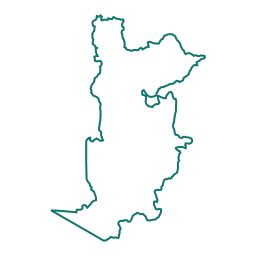 Barra de São Francisco, Espírito Santo, Brazil (Robinson projection)
{"feature_id": "56859067B7430516791214", "entity_name": "Barra de São Francisco", "entity_type": "district", "adm_level": 2, "iso_a3": "BRA", "parent_name": "Brazil", "parent_adm1": "Espírito Santo", "projection": "robinson", "projection_center": [-40.814, -18.663], "detail": "fine", "context": "isolated", "style": "outline", "palette": "teal", "viewbox_px": 256, "rotation_deg": 0, "n_neighbors": 0, "source": "geoboundaries", "source_scale": "gbopen_adm2", "svg_char_len": 5531}
<svg xmlns="http://www.w3.org/2000/svg" viewBox="0 0 256 256"><path d="M51.1,210.4L54.4,212.3L56.2,213.3L66.0,219.0L67.2,219.7L76.1,224.7L79.7,226.9L82.4,228.4L86.2,230.5L89.1,232.2L90.8,233.2L92.6,234.2L94.8,235.5L103.4,240.5L105.3,240.6L106.6,239.9L108.4,238.8L109.7,238.1L110.5,237.0L112.0,237.3L113.7,237.7L115.3,237.5L116.6,237.5L118.2,238.2L118.9,236.9L119.0,235.0L119.7,233.1L119.5,230.7L120.6,229.1L120.2,227.5L119.5,225.9L118.4,224.2L118.4,222.7L119.3,221.5L120.7,220.8L122.0,220.9L123.4,221.0L124.3,220.1L125.9,220.4L127.3,220.4L128.3,221.8L130.2,221.4L131.2,219.8L131.9,218.4L132.3,216.8L133.1,215.4L134.6,214.4L135.8,213.9L136.9,212.8L138.3,213.2L140.2,214.1L141.7,213.8L143.1,214.1L144.0,215.0L145.6,216.5L146.4,218.2L146.8,219.8L148.0,220.3L149.2,220.6L150.4,220.3L151.5,220.0L152.9,219.8L155.3,219.5L156.8,218.2L158.5,217.2L159.4,215.4L160.6,213.2L161.0,211.5L161.1,209.4L159.2,208.8L157.6,209.5L156.0,209.1L155.2,207.4L154.2,205.5L153.9,204.0L154.1,201.7L155.3,201.4L157.1,201.9L157.5,200.0L157.0,198.5L156.2,196.7L156.0,195.4L155.6,194.0L154.8,192.7L154.8,190.7L156.2,190.1L157.4,189.9L159.3,189.9L161.0,189.9L161.5,188.3L161.4,186.8L162.9,185.0L163.2,183.4L163.5,181.8L164.0,180.3L165.1,179.2L166.3,179.2L167.5,179.0L169.0,178.2L170.2,178.7L171.6,178.0L171.9,176.6L173.1,176.0L174.0,174.7L175.3,173.8L177.0,172.6L177.5,170.7L177.9,168.8L178.0,166.8L177.9,164.6L177.9,162.4L179.2,160.5L178.5,159.0L178.4,157.6L179.1,155.6L179.3,153.9L180.4,152.8L179.8,151.3L178.6,150.9L177.4,150.0L176.4,149.3L175.9,147.9L177.5,147.3L179.4,146.9L182.7,147.0L184.0,147.6L185.7,148.2L185.9,146.2L185.2,145.1L185.5,143.5L186.8,143.4L188.6,143.6L190.2,143.5L191.6,142.5L192.2,140.8L191.6,138.8L190.1,138.0L188.5,137.4L186.4,137.3L184.7,136.8L183.1,136.8L182.2,137.9L181.0,137.8L179.3,137.3L178.7,135.9L177.5,135.0L175.7,134.8L174.9,133.7L174.7,132.3L174.4,130.7L174.0,129.1L173.2,127.6L173.1,125.7L173.3,123.7L174.0,122.3L174.2,120.8L174.3,119.0L174.7,117.0L174.8,115.3L175.3,113.4L175.9,111.1L176.1,109.2L175.9,107.8L176.0,106.1L176.1,104.6L176.2,102.7L176.2,100.9L175.7,99.1L173.8,98.7L172.9,96.7L172.6,95.1L172.3,93.7L171.2,92.0L169.1,92.3L167.7,94.1L166.4,95.8L165.9,98.2L164.2,98.3L162.0,97.5L160.0,96.7L159.0,96.0L157.8,96.3L157.9,98.2L158.4,99.8L158.8,101.3L159.5,102.5L158.4,104.0L156.9,104.2L155.7,104.2L154.6,104.8L153.4,105.7L152.3,107.1L150.6,106.6L148.4,106.2L147.4,105.2L146.4,104.2L145.7,102.1L145.7,100.1L146.1,98.8L146.0,96.7L144.6,95.3L142.5,94.8L142.1,92.8L142.1,91.2L143.7,90.1L145.1,92.2L146.4,94.1L147.4,95.3L149.1,96.5L151.5,97.0L153.5,96.5L154.9,96.0L156.4,95.2L156.6,93.1L157.5,91.7L158.2,90.6L158.6,89.0L159.8,88.5L161.0,87.3L163.9,86.9L165.9,85.7L167.6,85.5L168.9,84.5L170.6,84.0L172.1,83.8L174.0,83.3L175.2,81.8L177.1,80.7L178.5,81.1L179.4,82.1L181.0,81.4L182.2,80.8L183.2,80.0L183.6,78.0L184.8,77.0L186.2,76.3L187.7,75.3L188.9,73.8L189.5,71.4L190.8,69.7L191.6,67.8L192.5,66.7L193.3,65.6L194.7,65.1L195.9,64.9L197.2,65.2L197.0,63.7L196.5,62.5L197.6,61.7L199.4,60.7L201.4,59.1L203.9,58.5L204.9,57.5L204.5,55.9L202.7,55.7L201.0,55.4L199.6,56.0L197.9,56.0L195.4,55.2L193.7,55.9L192.5,54.7L191.2,53.9L189.9,53.4L188.5,53.1L187.1,53.5L185.5,54.1L184.6,52.8L184.0,50.8L182.7,49.6L181.8,48.2L181.1,47.1L180.8,45.6L180.1,44.0L179.3,42.3L178.5,41.3L177.0,40.1L175.8,37.9L175.1,35.9L173.6,35.3L172.4,34.3L169.9,34.2L167.8,34.4L166.0,35.3L164.4,35.6L163.5,37.3L163.1,38.7L161.6,39.2L160.6,40.5L159.7,41.8L159.0,43.4L157.2,43.7L155.1,43.3L153.5,43.4L152.4,42.7L151.0,42.2L149.1,41.7L147.8,42.5L148.3,43.9L148.3,45.3L148.7,46.8L146.7,47.2L145.1,47.9L143.9,48.6L142.8,49.4L141.0,47.8L139.8,48.5L138.4,49.9L136.7,50.3L134.8,49.9L133.4,50.1L132.1,50.8L130.4,50.5L129.1,50.0L127.9,49.9L126.5,49.4L125.9,47.9L124.3,47.3L124.7,45.7L124.6,43.8L124.4,41.5L123.9,39.9L122.8,38.3L122.5,36.1L122.1,34.3L121.6,32.7L121.8,31.0L123.6,29.8L123.7,27.6L122.1,26.3L122.1,24.6L122.5,22.9L123.7,21.1L123.1,19.5L121.3,19.7L119.3,19.1L117.8,18.8L116.2,18.6L114.9,17.9L113.9,17.0L112.7,17.7L112.1,19.1L110.0,18.9L108.2,18.3L107.8,19.8L106.0,19.8L104.3,19.6L103.0,20.0L101.6,20.4L101.1,18.9L101.9,16.7L100.4,15.4L99.1,16.7L96.8,16.1L96.7,17.9L96.2,19.2L95.1,20.1L93.9,20.6L92.6,21.8L92.5,23.8L93.1,25.8L94.9,26.6L94.5,27.9L94.4,29.5L94.1,31.1L93.0,32.4L92.3,34.1L92.4,36.0L92.5,38.2L93.4,39.4L93.0,41.2L92.6,43.7L93.9,45.0L95.2,46.0L95.6,47.2L97.0,48.0L95.7,48.9L96.0,52.3L96.7,54.1L97.6,56.0L96.0,56.0L94.4,56.9L94.7,58.7L95.0,60.8L96.5,61.3L97.9,61.2L100.2,60.9L101.2,62.0L101.8,63.5L101.2,65.5L99.9,66.7L100.3,68.3L100.4,70.0L100.2,71.4L100.0,73.3L98.8,73.9L97.8,75.1L97.0,76.6L95.8,77.4L94.6,78.5L94.4,80.4L93.9,82.2L92.6,83.6L91.6,85.3L91.1,87.1L90.6,88.8L91.5,90.5L91.1,92.4L92.2,94.1L93.5,95.7L95.1,96.3L97.5,97.5L98.6,98.8L98.9,100.8L99.7,102.3L100.5,103.5L100.6,105.0L100.3,106.3L100.0,107.7L100.4,109.6L100.5,112.1L100.6,114.3L100.6,116.4L100.3,117.8L100.4,119.9L100.0,121.8L99.6,124.2L99.5,126.0L98.9,127.9L99.1,130.1L100.4,131.2L101.3,132.6L101.0,134.4L101.3,136.1L102.0,137.3L102.2,138.7L103.1,140.3L101.7,140.8L100.0,140.7L99.1,139.8L98.0,139.3L96.6,138.5L95.5,139.1L94.2,140.0L92.8,141.5L91.1,141.0L90.0,139.8L90.2,137.7L88.9,137.9L87.9,138.8L86.7,140.0L86.2,141.4L86.2,162.2L86.6,179.2L88.3,182.3L89.5,183.3L90.2,186.1L91.7,187.7L91.0,189.5L93.8,191.5L94.7,193.6L95.5,195.9L96.1,198.1L95.9,200.2L93.5,201.0L92.0,202.1L90.3,204.5L89.3,205.4L87.2,207.7L85.4,205.2L83.6,205.1L82.3,206.2L82.5,208.2L81.8,209.3L79.8,209.7L76.8,209.8L76.4,212.3L61.3,210.9L53.7,210.5L51.1,210.4Z" fill="none" stroke="#0f766e" stroke-width="2"/></svg>